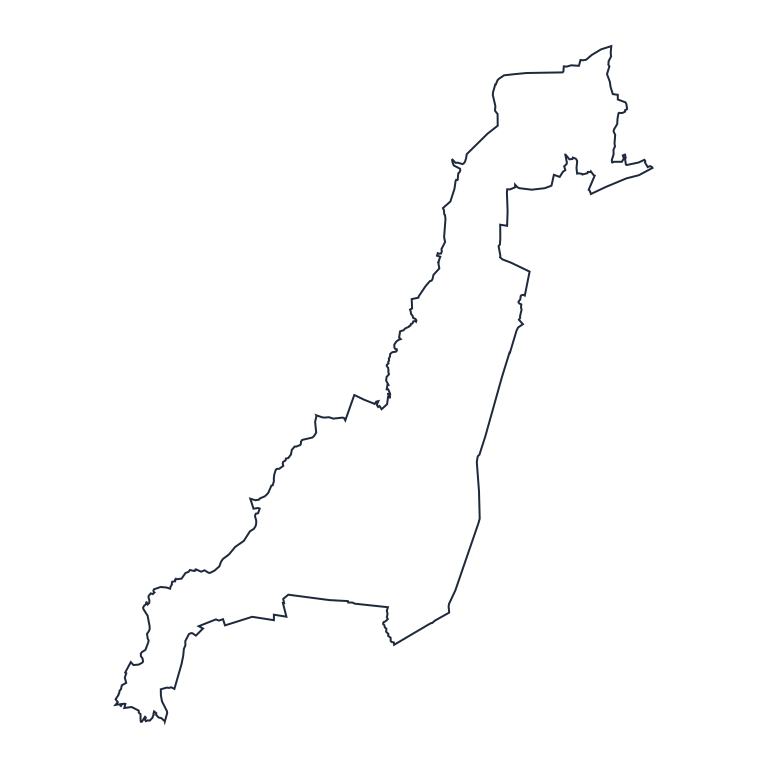 outline of Purísima del Rincón, Guanajuato, Mexico
{"feature_id": "50627088B64062535861802", "entity_name": "Purísima del Rincón", "entity_type": "district", "adm_level": 2, "iso_a3": "MEX", "parent_name": "Mexico", "parent_adm1": "Guanajuato", "projection": "robinson", "projection_center": [-101.94, 20.941], "detail": "fine", "context": "isolated", "style": "outline", "palette": "slate", "viewbox_px": 768, "rotation_deg": 0, "n_neighbors": 0, "source": "geoboundaries", "source_scale": "gbopen_adm2", "svg_char_len": 6095}
<svg xmlns="http://www.w3.org/2000/svg" viewBox="0 0 768 768"><path d="M652.5,167.9L651.7,166.8L649.9,166.1L647.7,167.1L644.9,162.3L645.3,161.1L644.4,159.8L638.6,162.5L626.8,165.0L625.9,164.6L625.0,158.5L625.7,157.9L625.0,154.6L622.8,155.5L623.9,158.4L621.8,161.8L613.9,161.8L612.3,162.5L611.9,161.9L611.9,159.7L613.6,154.4L613.5,149.7L615.0,146.4L614.5,143.5L615.2,134.9L613.6,131.5L614.0,129.4L617.2,124.1L617.5,118.7L618.4,113.8L618.8,112.9L622.4,113.0L625.1,111.6L625.0,110.3L627.1,109.1L626.4,104.2L625.4,102.3L617.8,99.5L617.8,94.8L612.8,94.1L610.6,87.1L609.8,81.7L607.0,74.1L609.4,66.4L608.4,64.8L608.6,61.3L611.1,56.4L610.7,52.7L611.3,46.1L601.0,49.4L591.7,55.0L586.2,59.7L583.1,60.3L580.5,60.0L578.9,65.8L571.2,65.3L566.7,66.6L563.8,66.4L563.4,71.5L562.5,72.4L526.7,73.0L515.1,74.1L504.1,75.3L498.9,78.8L497.6,80.1L495.8,84.5L495.3,84.4L493.0,92.3L492.8,95.0L495.4,106.2L495.0,110.7L497.6,114.1L497.7,125.7L487.5,133.7L466.7,154.2L466.1,158.2L465.0,161.7L463.8,163.3L462.6,164.1L457.8,162.7L455.5,162.8L452.5,159.6L452.1,159.9L452.5,162.4L453.8,165.5L460.0,168.7L460.3,170.3L459.7,172.0L458.3,173.3L457.7,179.6L457.5,180.0L456.1,179.9L455.6,180.9L454.5,188.7L450.4,201.5L442.9,208.1L443.9,210.1L444.3,214.4L445.0,215.1L445.5,218.9L444.1,237.1L445.1,242.0L441.5,249.0L441.8,251.3L441.1,253.5L439.3,253.7L437.8,253.2L437.0,255.7L440.3,256.7L438.3,262.1L438.7,262.1L438.5,263.8L439.3,268.5L433.5,274.8L432.5,279.1L431.5,280.7L429.9,281.1L425.6,286.1L418.6,296.5L418.4,297.7L411.7,299.1L412.1,308.5L410.0,309.6L410.8,311.7L411.0,313.8L412.6,315.9L413.3,318.1L415.4,318.9L416.4,320.4L416.0,321.7L415.4,321.1L413.4,321.3L412.4,323.5L410.8,324.1L410.5,325.6L409.3,326.0L408.7,326.9L405.4,328.3L403.4,330.3L400.1,331.3L399.1,337.5L400.7,339.1L398.5,339.9L396.3,341.6L394.3,344.6L394.4,347.7L395.5,349.1L396.7,349.2L396.9,350.5L396.1,351.6L392.3,352.2L390.2,353.9L389.9,356.8L388.8,358.6L389.1,360.4L388.2,362.0L388.5,363.4L386.7,365.0L386.8,366.1L388.1,367.8L388.5,370.3L388.3,372.0L389.0,374.2L386.6,377.0L386.1,380.5L388.4,384.9L387.5,384.9L386.7,389.3L388.2,389.3L390.0,393.5L390.1,394.0L388.1,393.9L388.4,395.6L390.7,395.8L390.1,395.8L389.9,397.5L388.0,397.2L387.1,404.2L381.6,409.2L379.5,406.0L378.1,407.0L376.8,404.8L378.4,401.1L376.3,401.6L374.6,403.9L364.1,399.7L354.3,395.0L345.3,420.4L344.0,418.0L342.6,417.6L333.3,418.6L328.9,417.2L324.5,417.6L322.1,417.3L316.3,415.3L316.5,415.7L315.1,422.0L316.2,432.5L314.2,435.8L312.5,437.5L302.2,439.9L301.0,441.6L300.9,443.9L300.2,445.0L296.2,446.6L294.7,446.5L291.8,449.9L290.9,454.6L288.2,458.1L285.8,458.6L285.6,460.4L283.2,461.8L282.7,463.5L283.3,465.8L279.2,468.8L276.7,468.9L275.7,470.0L274.3,474.5L273.8,478.5L273.9,481.2L272.7,485.3L271.4,485.6L268.2,493.0L266.8,494.5L264.8,496.3L259.6,498.6L259.2,499.5L258.4,499.8L255.2,500.2L250.3,498.7L253.5,508.7L258.0,508.0L259.7,508.6L258.1,513.2L255.8,513.7L255.1,515.4L255.1,516.7L256.2,520.4L256.2,523.6L255.5,526.3L253.9,528.8L249.9,531.4L243.8,540.9L235.3,546.8L229.0,554.4L222.9,559.0L221.0,561.8L219.4,566.3L214.7,570.5L210.5,572.7L208.8,572.9L204.5,570.3L201.1,571.7L195.9,569.3L195.3,569.6L195.4,570.5L194.2,571.0L189.9,570.0L188.6,571.8L185.4,573.1L181.6,578.6L176.3,579.3L175.9,578.8L175.1,579.6L175.1,581.3L172.2,581.7L171.8,583.2L172.0,584.3L170.6,586.5L170.1,588.7L166.5,587.5L160.6,587.0L154.0,589.3L153.4,590.4L153.8,592.2L154.4,592.5L152.8,594.1L150.7,593.4L148.6,596.0L148.5,597.4L149.4,600.4L149.2,603.0L147.6,604.5L146.6,602.3L146.2,602.5L145.9,604.2L143.9,606.0L143.1,607.7L143.4,609.1L147.6,615.7L149.6,626.3L149.7,628.7L149.2,630.6L147.0,633.9L147.7,638.6L148.6,640.3L148.3,642.3L145.4,649.9L142.0,652.0L140.8,653.6L140.9,656.2L142.5,658.4L143.1,661.5L142.2,662.7L138.7,664.6L134.0,665.0L133.3,664.9L130.8,662.1L125.2,672.5L126.3,673.2L124.8,677.5L126.2,682.9L121.8,685.3L121.0,689.2L119.6,690.7L119.1,693.5L118.6,693.9L118.5,694.9L115.6,699.3L117.8,702.1L115.5,704.9L121.1,704.1L120.5,705.7L120.9,706.0L122.3,704.0L124.8,703.7L125.4,703.9L124.3,708.0L131.6,707.0L138.7,710.6L138.8,712.7L140.5,714.1L140.6,720.9L141.1,721.9L141.9,721.7L145.0,716.8L145.8,717.5L145.1,720.0L145.9,721.2L147.7,720.4L149.8,720.6L152.6,717.6L152.8,716.3L153.8,714.7L153.4,713.9L154.1,711.4L156.3,713.2L156.1,714.8L158.6,717.5L161.3,718.1L163.5,720.2L164.5,720.4L164.8,721.6L167.2,713.0L166.9,711.1L162.0,701.4L160.9,695.4L160.8,689.3L166.8,687.6L169.0,687.9L171.3,687.3L174.4,688.9L181.6,663.8L183.2,655.9L183.9,648.8L185.4,645.3L185.3,641.1L188.9,634.1L191.1,633.1L192.3,633.2L195.9,635.6L203.0,628.5L198.7,626.2L215.9,619.4L218.8,620.6L223.0,619.2L225.0,625.4L252.2,616.8L273.9,620.2L273.9,614.7L286.4,616.7L282.9,603.0L284.1,603.1L283.2,598.9L288.3,594.7L329.5,600.1L347.9,601.1L348.2,602.5L352.3,602.5L354.9,603.7L387.9,607.2L386.8,610.8L387.6,614.0L386.8,617.0L387.8,619.1L385.4,621.4L383.5,622.2L383.1,624.0L384.4,625.2L384.8,627.4L386.4,628.7L386.1,631.7L388.4,634.0L388.1,635.8L390.6,637.7L390.7,641.1L391.7,642.0L393.8,642.4L394.1,644.8L428.2,624.7L431.3,623.0L432.0,623.1L435.1,620.5L449.2,612.6L448.6,606.4L449.1,603.7L455.3,590.5L478.4,523.3L479.7,518.7L479.0,491.3L476.8,462.2L477.5,457.4L478.1,455.9L479.4,454.8L485.3,436.4L501.9,377.2L509.5,352.6L509.9,352.8L516.6,330.4L518.2,327.4L522.9,324.2L518.9,319.7L520.1,318.0L520.1,316.0L521.6,309.6L521.0,307.4L521.3,304.4L519.5,303.6L518.6,302.6L518.5,301.7L520.3,299.3L520.7,296.1L521.3,295.3L523.2,294.8L524.8,295.6L529.6,271.6L510.6,262.5L502.7,259.5L500.0,257.3L500.4,256.0L498.6,246.1L499.9,244.5L500.3,238.7L500.2,224.7L507.1,225.8L507.6,211.3L506.9,192.1L507.2,189.3L510.0,189.4L515.1,187.3L515.1,184.7L517.4,187.2L519.4,188.2L531.8,189.7L544.7,188.2L551.0,185.9L551.5,185.6L553.9,174.8L559.7,176.9L562.9,171.8L565.3,170.1L564.2,166.3L566.5,164.2L566.9,162.7L565.3,154.7L565.6,154.7L569.4,159.3L572.4,159.0L572.9,157.6L575.8,158.7L576.8,160.2L577.2,161.2L576.5,168.0L577.1,173.6L578.5,173.3L582.1,173.9L582.4,174.5L587.4,173.2L587.8,171.9L590.9,172.1L591.0,171.6L593.6,175.1L594.7,175.6L588.7,189.8L589.9,191.0L590.9,194.0L605.7,187.0L626.3,178.4L638.9,175.2L652.5,167.9Z" fill="none" stroke="#1e293b" stroke-width="2"/></svg>